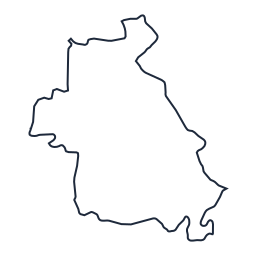 the border of Idlib
{"feature_id": "SYR-140", "entity_name": "Idlib", "entity_type": "Province", "adm_level": 1, "iso_a3": "SYR", "parent_name": "Syria", "parent_adm1": "", "projection": "robinson", "projection_center": [36.748, 35.825], "detail": "fine", "context": "isolated", "style": "outline", "palette": "slate", "viewbox_px": 256, "rotation_deg": 0, "n_neighbors": 0, "source": "natural_earth", "source_scale": "10m", "svg_char_len": 3670}
<svg xmlns="http://www.w3.org/2000/svg" viewBox="0 0 256 256"><path d="M111.5,40.8L124.5,38.3L125.6,36.5L125.4,31.5L124.8,28.4L123.5,24.7L121.7,21.3L124.0,20.1L130.3,18.8L136.3,18.8L137.3,18.5L141.1,15.7L142.4,15.4L143.3,15.5L143.9,15.9L144.3,16.6L144.6,17.2L144.8,18.0L145.2,21.4L146.2,23.3L151.9,28.5L156.7,34.5L157.5,36.1L157.5,37.3L157.3,38.2L157.0,39.0L156.2,40.3L155.3,41.5L151.6,45.1L150.2,46.9L149.7,47.4L147.9,48.4L147.6,48.7L147.1,49.0L146.2,50.1L145.4,51.3L144.4,52.4L138.2,57.3L135.9,61.1L139.8,66.0L141.1,68.6L142.8,70.5L144.5,72.0L146.2,73.0L161.6,80.0L163.4,81.3L164.5,82.3L164.9,83.8L165.2,85.4L165.6,92.4L165.5,94.3L165.7,95.2L165.9,96.0L175.8,110.1L185.2,126.6L186.6,128.7L187.8,130.0L188.6,130.3L189.5,130.6L192.3,131.0L194.6,132.4L198.3,135.9L203.7,139.6L204.6,140.6L205.1,141.5L205.3,142.3L205.3,143.2L205.2,144.1L204.9,144.9L204.3,146.3L203.6,147.0L202.7,148.0L201.6,148.9L201.0,149.3L198.9,150.2L197.7,151.1L196.8,152.6L199.5,161.0L201.1,164.3L202.4,165.9L202.9,167.4L203.6,171.4L204.6,172.9L210.4,179.7L211.4,180.2L212.9,180.8L213.9,181.3L215.1,182.1L217.9,184.8L218.8,185.5L226.5,188.6L223.1,190.5L222.5,191.2L222.0,192.2L220.0,196.9L215.5,204.8L214.3,206.3L213.0,207.0L209.2,208.7L206.8,210.1L205.8,211.2L204.8,212.8L201.3,220.4L200.8,221.9L200.7,222.9L200.7,223.8L201.0,224.5L201.5,225.0L202.1,225.5L202.8,225.8L203.7,225.9L204.6,225.8L205.3,225.6L206.0,225.2L206.5,224.7L206.9,224.1L208.0,221.9L208.5,221.3L209.0,220.8L209.5,220.4L210.3,220.2L211.0,220.4L211.6,220.8L212.2,221.3L212.5,221.9L212.7,222.6L213.0,224.3L212.9,233.5L212.6,234.2L212.0,234.2L211.3,233.9L210.4,233.7L209.6,233.6L208.8,233.8L208.2,234.1L207.6,234.5L207.0,234.9L205.9,236.2L204.4,238.8L203.8,239.3L203.1,239.8L202.0,240.1L201.0,240.3L197.2,240.1L193.0,240.6L191.2,240.6L190.4,240.5L189.6,240.2L188.9,239.7L188.4,239.2L188.0,238.6L187.8,237.9L187.8,235.1L187.7,234.3L187.0,231.2L187.0,230.3L187.0,229.4L187.2,228.6L189.0,224.9L189.2,224.0L189.3,223.1L189.3,222.2L189.2,220.5L189.1,219.7L188.8,219.0L188.5,218.3L188.1,217.7L187.6,217.1L187.0,216.7L186.1,216.5L185.5,216.8L185.0,217.3L183.5,220.1L182.8,220.9L178.8,224.8L175.6,229.7L174.5,230.5L173.2,230.9L171.8,231.0L170.0,231.4L168.8,231.4L168.1,231.1L167.6,230.5L167.3,229.9L166.8,229.4L164.8,228.1L164.2,227.7L163.7,227.2L163.0,225.9L162.7,225.2L162.0,223.9L156.4,219.0L155.7,218.7L154.9,218.4L154.1,218.4L153.2,218.4L131.0,224.4L121.4,224.1L109.1,220.7L107.3,220.5L103.7,220.7L101.8,220.6L101.0,220.4L100.2,220.1L99.6,219.6L99.1,219.1L98.7,218.4L98.4,217.8L97.9,216.3L97.3,215.0L96.8,214.4L96.2,214.0L93.0,212.4L91.7,212.0L90.9,212.1L84.4,215.2L80.4,214.1L79.2,212.8L78.3,208.9L74.3,200.0L74.3,199.9L74.5,199.2L74.9,198.7L75.3,197.8L75.6,196.6L74.1,181.7L74.4,177.7L77.1,165.8L78.2,156.0L78.0,153.2L76.6,152.4L68.6,152.1L66.1,151.3L65.7,150.7L65.5,150.0L65.3,149.2L65.0,148.3L64.5,147.3L63.4,146.1L62.8,145.5L62.0,145.2L61.2,145.2L60.4,145.4L59.8,145.7L59.1,146.1L56.9,146.8L54.5,147.0L53.1,146.8L51.7,146.4L50.9,145.9L50.2,145.3L49.8,144.8L48.9,143.3L53.5,140.2L54.9,138.4L55.1,137.5L55.1,136.6L54.9,135.8L54.2,134.9L53.5,134.4L52.6,134.2L40.0,134.8L38.5,135.1L36.9,135.7L35.9,135.9L34.4,136.0L31.8,135.8L30.5,135.3L29.7,134.7L29.5,133.9L29.5,133.1L29.6,132.3L29.9,131.5L30.2,130.9L30.6,129.7L30.7,129.4L30.6,128.6L31.0,128.5L33.1,121.9L34.2,106.3L38.3,99.8L44.2,97.7L48.7,99.0L51.6,98.3L53.2,90.5L53.2,90.4L56.8,89.0L64.1,91.7L68.0,90.5L67.6,84.2L68.2,52.1L68.5,48.8L69.6,47.2L71.1,45.7L71.4,43.8L68.7,40.8L70.9,38.7L73.2,41.4L75.5,43.0L78.0,43.8L83.1,44.5L84.2,44.8L85.2,44.8L86.7,44.1L87.6,42.8L87.9,41.2L88.5,39.8L90.6,39.1L94.0,38.6L108.0,40.7L111.5,40.8Z" fill="none" stroke="#1e293b" stroke-width="2"/></svg>